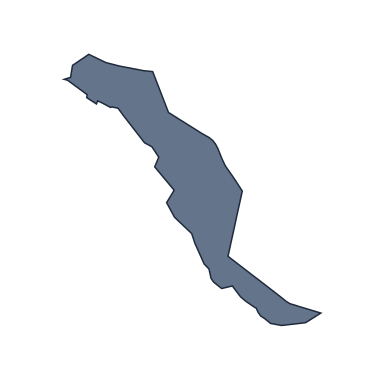 outline of Reifi Nahr Atbara, Kassala, Sudan, rotated 147°
{"feature_id": "16777658B85894147141116", "entity_name": "Reifi Nahr Atbara", "entity_type": "district", "adm_level": 2, "iso_a3": "SDN", "parent_name": "Sudan", "parent_adm1": "Kassala", "projection": "natural_earth1", "projection_center": [35.419, 15.73], "detail": "fine", "context": "isolated", "style": "filled", "palette": "slate", "viewbox_px": 384, "rotation_deg": 147, "n_neighbors": 0, "source": "geoboundaries", "source_scale": "gbopen_adm2", "svg_char_len": 1268}
<svg xmlns="http://www.w3.org/2000/svg" viewBox="0 0 384 384"><g transform="rotate(147 192 192)"><path d="M149.9,20.3L158.9,31.0L165.1,38.3L166.1,39.6L170.5,44.8L170.7,45.0L171.2,46.1L172.6,49.1L174.5,54.9L183.2,79.9L185.4,86.0L187.7,92.5L191.5,103.3L194.8,112.7L196.0,116.1L196.8,118.5L189.6,125.6L187.7,127.5L176.0,139.0L168.4,146.6L150.9,163.8L149.3,165.4L149.3,175.4L149.4,184.4L149.7,191.8L149.8,195.9L149.4,198.9L148.8,203.4L148.5,204.9L146.6,214.5L146.2,219.4L146.5,223.7L148.0,228.4L151.9,235.8L159.8,252.9L163.2,260.2L168.4,271.5L160.4,309.5L159.9,312.1L159.4,314.4L166.4,320.0L184.0,336.9L193.7,347.4L203.6,363.7L210.9,363.5L212.9,363.5L219.6,363.3L223.2,363.3L231.4,354.3L237.8,356.1L235.5,353.5L226.9,330.7L228.9,328.5L228.0,326.4L224.2,317.9L221.5,319.8L219.1,316.0L216.7,311.7L214.3,307.3L213.0,307.1L208.4,302.5L207.9,293.5L205.0,259.1L201.0,251.8L200.9,239.3L209.6,233.4L206.0,203.2L219.1,196.9L220.4,180.3L214.9,157.3L217.5,147.5L221.0,124.9L219.7,118.2L223.1,109.1L222.9,104.5L219.7,94.9L209.3,91.2L209.1,87.6L208.5,79.2L208.3,77.4L206.9,72.7L206.2,70.6L205.6,69.1L202.2,60.9L201.4,59.7L202.1,55.2L201.9,50.4L199.9,46.0L197.7,39.0L189.6,31.3L179.0,26.0L168.3,20.7L167.0,20.5L149.9,20.3Z" fill="#64748b" stroke="#1e293b" stroke-width="1.5"/></g></svg>